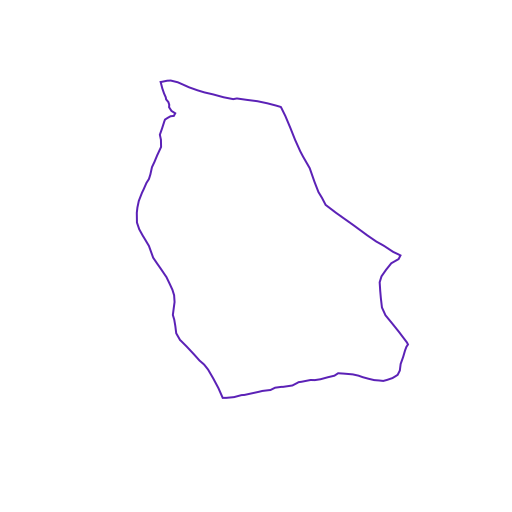 Dorbor, Grand Kru, Liberia (Equal Earth projection), rotated 130°
{"feature_id": "62588387B97917112158690", "entity_name": "Dorbor", "entity_type": "district", "adm_level": 2, "iso_a3": "LBR", "parent_name": "Liberia", "parent_adm1": "Grand Kru", "projection": "equal_earth", "projection_center": [-8.281, 4.99], "detail": "fine", "context": "isolated", "style": "outline", "palette": "violet", "viewbox_px": 512, "rotation_deg": 130, "n_neighbors": 0, "source": "geoboundaries", "source_scale": "gbopen_adm2", "svg_char_len": 2019}
<svg xmlns="http://www.w3.org/2000/svg" viewBox="0 0 512 512"><g transform="rotate(130 256 256)"><path d="M162.7,145.7L163.3,148.3L164.7,153.6L166.0,164.8L167.6,173.1L168.7,184.5L169.7,200.4L170.8,213.9L171.5,222.7L172.1,235.5L169.1,242.7L166.9,249.2L162.9,256.5L161.4,259.2L154.2,271.3L149.6,283.9L147.4,289.3L141.9,300.7L135.8,312.0L129.9,323.5L125.9,332.6L126.2,333.5L128.0,337.6L131.7,345.4L136.5,354.4L142.3,363.4L147.6,371.9L150.5,374.3L155.2,382.8L159.8,392.8L163.8,400.6L166.7,407.4L169.8,415.7L173.2,427.6L176.4,434.1L178.8,436.7L183.0,440.0L184.0,440.9L187.9,435.4L190.6,430.9L192.4,427.2L193.8,425.5L194.4,422.1L195.9,419.7L197.9,418.2L199.2,414.0L198.6,409.6L201.5,409.0L203.9,411.3L207.1,412.5L210.0,413.4L212.5,412.5L213.4,412.1L218.8,409.9L224.9,407.6L228.1,403.5L233.5,398.8L241.3,396.7L241.8,396.6L249.1,394.3L254.8,392.8L261.3,389.4L263.9,388.3L265.9,387.5L270.4,386.9L276.9,385.0L280.8,384.0L289.1,381.2L295.1,378.0L299.5,375.1L306.9,368.7L310.6,362.6L313.3,355.6L313.8,354.0L317.1,344.5L323.4,333.7L325.3,327.0L327.1,320.3L329.1,313.3L329.7,311.1L333.0,303.8L335.6,298.3L338.7,293.5L343.6,288.8L349.6,285.0L354.6,281.8L357.4,277.6L361.5,272.8L366.5,267.4L369.2,260.1L369.2,259.1L369.9,251.1L371.3,239.6L372.4,232.1L372.5,226.3L372.6,225.5L373.8,219.7L377.3,210.0L381.4,199.8L385.8,190.9L386.1,190.3L384.0,187.8L378.2,182.1L371.9,177.7L369.8,175.5L358.3,166.6L355.3,164.4L350.5,159.9L349.4,158.8L344.6,156.7L340.1,152.6L338.9,151.2L331.8,144.9L326.5,142.7L325.3,142.3L323.1,140.3L315.9,134.5L313.3,131.2L309.0,127.4L302.8,123.1L297.3,119.0L293.0,117.7L289.7,113.2L284.5,105.8L281.8,100.6L280.2,96.3L278.3,92.2L277.9,91.3L275.1,85.7L272.3,81.8L269.9,78.2L266.6,75.9L261.8,73.0L258.6,71.9L256.0,71.1L251.3,72.2L245.7,75.8L238.7,78.4L232.6,81.1L228.9,82.4L226.1,82.7L225.2,84.8L223.3,93.2L222.4,97.0L220.1,108.5L218.2,118.7L214.5,126.4L208.0,133.3L205.9,135.4L202.7,138.6L196.6,144.4L190.9,146.8L183.0,147.5L174.6,147.7L166.7,144.8L162.7,145.7Z" fill="none" stroke="#5b21b6" stroke-width="2"/></g></svg>